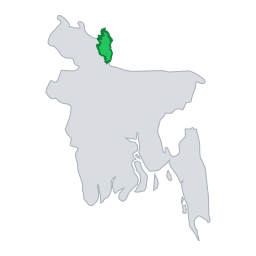 Kurigram, Rangpur, Bangladesh shown in context
{"feature_id": "16705992B97164497642406", "entity_name": "Kurigram", "entity_type": "district", "adm_level": 2, "iso_a3": "BGD", "parent_name": "Bangladesh", "parent_adm1": "Rangpur", "projection": "mercator", "projection_center": [89.627, 25.805], "detail": "fine", "context": "in_parent", "style": "filled", "palette": "green", "viewbox_px": 256, "rotation_deg": 0, "n_neighbors": 0, "source": "geoboundaries", "source_scale": "gbopen_adm2", "svg_char_len": 8372}
<svg xmlns="http://www.w3.org/2000/svg" viewBox="0 0 256 256"><path d="M82.5,190.7L82.4,183.7L77.8,169.9L78.0,168.4L77.1,161.8L75.9,158.1L75.3,154.1L78.1,148.5L77.0,147.5L70.8,145.8L70.1,144.3L71.4,138.8L67.0,133.5L65.2,129.5L69.9,116.7L71.2,107.8L70.8,106.1L67.9,104.1L62.8,103.3L59.1,101.6L57.0,99.1L55.2,98.0L53.0,98.8L50.2,97.8L47.8,95.3L45.8,92.2L46.6,88.9L50.3,81.0L51.7,80.7L55.0,82.3L56.2,82.3L58.3,79.1L61.3,70.2L71.6,71.0L74.1,70.7L76.7,70.0L78.1,68.8L78.9,67.4L78.7,66.2L75.5,64.5L74.2,63.2L73.4,59.6L72.4,58.3L66.2,58.1L62.9,56.4L61.1,55.0L57.9,50.1L54.0,46.4L50.2,45.6L48.8,44.4L48.0,42.5L48.5,39.8L50.4,34.6L60.7,23.4L61.0,22.2L60.6,20.7L57.5,18.9L57.3,18.0L58.2,15.7L59.9,15.4L63.5,17.5L67.1,21.0L69.3,24.1L69.3,26.5L72.2,27.0L74.5,28.1L77.0,27.7L78.5,28.3L79.6,28.1L80.0,26.7L77.9,23.2L78.9,21.7L81.3,21.8L83.0,23.1L84.3,25.8L84.5,30.1L87.3,33.9L91.0,36.6L93.8,37.9L97.3,38.7L100.3,37.9L101.7,35.2L101.1,32.8L101.5,30.7L102.7,29.5L104.6,29.6L106.0,31.3L110.0,40.4L109.2,44.5L110.1,55.5L109.1,62.8L109.7,65.6L110.4,66.1L116.5,67.4L125.2,70.3L132.0,71.4L162.4,70.6L169.1,72.0L189.4,70.9L195.0,73.2L201.0,77.0L204.4,79.8L205.0,81.4L204.6,82.8L203.5,83.5L201.4,83.6L196.6,81.7L195.8,82.3L195.7,86.6L191.8,97.5L191.3,100.9L189.9,102.2L185.9,102.9L183.3,109.2L182.2,110.0L179.5,108.6L177.9,108.8L175.8,109.4L173.8,110.8L172.4,112.6L170.8,113.3L165.1,113.2L164.0,116.1L160.3,119.9L157.7,130.0L157.9,133.1L161.0,141.2L163.2,151.7L164.1,152.7L165.1,152.8L165.2,148.0L166.2,147.4L167.5,147.9L170.2,154.4L171.7,156.0L174.1,156.5L176.8,155.5L178.8,153.6L179.6,151.6L178.9,144.6L180.2,141.7L184.8,137.4L185.4,136.1L185.1,129.1L186.9,128.8L189.2,129.4L192.2,127.7L193.1,127.7L194.3,129.5L196.4,129.1L199.6,143.1L199.8,153.0L200.5,158.4L201.7,159.7L205.2,167.9L208.4,196.6L208.8,214.8L210.2,220.9L209.0,222.3L207.9,222.6L206.9,220.4L199.4,215.8L197.6,216.3L195.1,219.0L194.1,221.4L194.5,224.9L195.3,228.3L197.1,230.3L197.2,232.5L199.2,240.6L198.6,240.6L194.6,233.2L189.6,226.0L188.0,212.9L187.9,206.4L184.6,198.8L181.4,185.5L182.8,180.8L180.4,182.9L176.7,174.9L170.9,167.0L169.2,163.5L169.1,160.2L166.6,163.6L163.2,166.0L159.7,169.5L157.4,170.6L150.0,171.3L145.8,166.5L139.7,154.7L138.9,152.0L139.7,145.1L138.3,138.5L137.9,132.7L136.8,133.3L136.3,134.8L136.6,137.3L136.1,139.3L125.9,138.0L130.3,141.5L135.0,142.3L137.4,145.4L137.5,150.5L132.9,153.6L133.3,156.2L136.0,159.4L132.8,160.3L131.9,162.4L131.8,165.3L134.1,169.8L133.7,171.6L137.6,177.5L138.3,180.4L137.3,184.4L129.0,192.4L126.6,198.2L124.5,200.8L122.0,201.3L118.9,198.6L118.8,195.8L119.5,193.6L123.8,188.3L121.4,189.0L114.7,193.4L113.4,189.8L112.5,186.5L112.5,182.4L115.8,176.3L112.1,179.4L111.1,183.2L111.5,187.6L111.1,190.8L109.6,194.9L107.6,197.4L104.5,199.0L103.1,201.4L100.9,203.2L100.2,194.9L97.9,183.7L97.4,186.1L98.6,193.1L98.5,197.6L96.8,201.2L93.3,205.0L90.6,205.6L89.0,205.0L84.0,199.2L83.6,193.7L82.5,190.7ZM144.1,190.9L137.8,192.2L134.7,191.8L140.6,181.7L140.4,177.2L139.5,173.5L136.5,170.5L136.3,168.4L135.0,165.5L134.3,162.1L137.6,161.0L140.3,162.9L141.3,166.8L142.6,169.7L147.3,175.6L147.2,179.3L145.9,188.1L144.1,190.9ZM157.4,187.6L153.6,190.3L154.8,174.3L157.6,180.2L158.3,183.4L157.4,187.6ZM171.8,179.6L170.2,180.7L168.6,179.7L166.7,176.0L167.6,171.2L168.2,170.5L170.6,175.4L171.8,179.6ZM185.8,213.2L183.7,213.4L182.6,212.2L183.1,210.7L182.6,205.5L185.3,205.0L186.3,209.3L185.8,213.2ZM183.5,198.8L181.9,203.9L181.2,201.6L182.3,197.1L183.5,198.8ZM139.2,157.1L139.8,158.8L136.4,156.7L135.4,155.1L137.0,154.3L139.2,157.1Z" fill="#d9dde1" stroke="#a8b0b8" stroke-width="1"/><path d="M107.1,62.9L107.4,62.7L108.1,62.6L108.5,62.3L108.6,61.3L108.5,61.2L108.6,61.3L108.4,61.2L108.2,61.2L108.3,60.9L108.2,60.8L108.0,60.7L108.7,60.7L109.2,61.1L110.1,61.2L110.3,60.3L110.9,59.3L111.0,59.2L110.9,58.9L110.9,58.2L111.1,58.0L111.1,57.7L111.3,57.2L111.0,56.4L111.5,56.1L111.6,55.4L111.8,55.1L111.9,54.7L111.8,54.4L112.1,53.6L112.1,52.9L111.7,51.5L111.4,51.3L111.3,50.8L110.8,50.2L111.0,49.7L110.4,49.4L110.2,48.8L110.2,48.3L110.7,47.6L110.1,45.6L109.8,45.5L110.2,44.7L110.4,44.4L110.5,43.6L110.3,43.2L110.9,42.5L110.9,42.4L111.4,41.8L112.0,41.1L112.3,40.3L111.9,40.2L110.7,40.5L110.6,40.4L110.1,40.3L110.1,40.0L110.3,39.9L110.9,40.1L110.8,39.9L110.7,39.5L110.5,39.4L110.8,39.2L111.3,39.3L111.7,39.1L111.7,38.8L111.0,38.5L110.9,38.1L110.5,37.6L110.3,37.7L110.3,38.0L110.5,38.8L109.9,38.6L109.7,38.2L109.8,38.3L109.9,38.2L109.9,37.9L110.0,37.7L109.7,37.3L109.9,37.1L109.5,36.4L109.4,36.3L109.3,36.8L108.8,37.4L108.7,37.2L109.0,37.2L109.2,36.5L109.0,36.4L108.8,36.7L108.7,36.7L108.8,36.5L108.5,36.5L108.3,36.7L108.2,36.6L108.4,36.3L108.8,36.2L108.6,36.1L108.7,35.8L109.1,35.7L109.0,35.2L108.8,35.1L109.0,34.6L108.8,34.5L108.7,34.8L108.7,34.3L108.5,34.2L108.6,33.9L108.4,33.8L108.1,33.9L107.9,33.7L107.6,33.8L107.6,33.6L107.9,33.1L108.0,32.9L107.9,32.6L107.5,32.5L107.5,32.3L107.3,31.8L107.0,31.8L106.3,31.9L106.3,31.5L106.2,31.5L106.1,31.4L106.0,31.9L105.7,32.1L105.5,31.8L104.7,31.5L105.5,31.3L105.7,31.2L105.3,31.0L104.9,30.2L104.7,29.9L104.8,29.7L105.1,29.9L105.3,29.7L105.1,29.8L104.9,29.6L104.9,29.2L105.1,29.3L105.0,29.2L104.9,28.6L104.6,29.0L104.6,29.4L104.0,29.4L103.3,28.9L103.2,29.3L103.3,29.4L103.2,29.7L103.4,29.7L103.5,30.2L103.8,30.5L103.7,30.6L103.3,30.5L103.3,30.3L103.1,30.3L103.1,30.5L103.0,30.8L103.4,31.0L103.5,30.9L103.8,31.0L104.0,30.9L104.1,31.1L104.0,31.3L103.8,31.3L103.8,31.6L103.4,31.5L103.4,31.3L103.2,31.3L103.4,31.1L103.2,30.9L103.0,31.1L102.9,31.3L102.8,31.2L102.5,31.1L102.4,30.9L102.3,31.1L102.6,31.1L102.4,31.2L102.4,31.4L102.8,31.4L102.4,31.7L102.3,31.8L102.5,31.8L102.4,32.0L102.3,31.8L102.2,31.9L102.0,31.7L101.7,31.8L102.0,32.0L101.9,32.5L102.1,33.1L102.3,33.1L102.1,33.2L102.2,33.4L102.3,33.4L102.5,33.0L102.8,33.3L103.0,33.0L103.1,33.4L102.6,33.9L102.2,33.9L102.2,33.7L102.1,33.8L101.9,33.8L102.1,33.8L102.1,34.0L101.8,34.0L102.3,34.6L102.4,34.3L102.7,34.3L102.5,34.0L102.8,34.1L102.9,33.8L103.1,33.8L103.3,34.1L103.2,34.2L103.2,34.4L103.5,34.5L103.3,34.9L103.8,35.5L103.2,35.6L102.7,36.0L102.6,35.8L102.7,35.7L102.4,35.7L102.2,35.6L102.5,36.0L102.0,36.3L101.8,36.3L102.0,36.6L101.9,36.7L101.6,36.6L101.5,36.9L101.5,37.0L101.3,37.0L101.4,37.6L101.3,37.8L101.6,38.3L101.5,38.5L101.6,38.8L101.5,39.0L101.5,38.9L101.2,39.0L101.2,38.8L101.2,39.0L101.3,39.3L100.9,39.4L100.9,38.9L100.7,39.2L100.5,39.3L100.5,39.5L99.9,39.3L99.8,39.1L100.0,38.8L99.7,38.5L99.8,38.3L100.2,38.2L99.9,37.9L99.7,37.9L99.9,37.9L99.8,38.0L99.5,37.9L99.3,37.9L99.2,37.7L98.8,38.0L98.2,37.9L97.8,38.2L97.8,38.5L97.6,38.6L97.5,38.9L97.8,39.6L98.1,39.6L98.5,39.3L98.4,39.4L98.6,39.5L98.4,39.9L98.9,40.3L98.8,40.7L99.1,41.0L99.1,41.4L99.5,41.5L99.7,42.1L100.1,42.2L100.1,42.5L101.0,42.6L101.0,42.8L100.4,43.0L100.4,43.5L99.7,43.3L99.7,43.7L99.7,44.4L99.8,44.5L99.8,45.1L99.5,45.5L99.3,45.5L99.2,45.2L99.1,45.4L99.2,45.5L99.2,45.8L98.8,45.7L98.7,45.8L98.4,45.6L98.2,45.7L98.4,45.5L98.1,45.5L98.1,45.4L97.9,44.9L97.8,44.6L97.4,45.0L97.3,44.9L97.0,44.9L96.8,45.1L96.8,45.3L96.9,45.2L97.2,45.1L97.3,45.3L97.5,45.6L97.3,45.4L97.3,45.6L97.2,45.5L97.1,46.1L97.0,46.7L97.4,46.8L97.8,47.5L97.8,47.9L98.0,47.8L98.0,48.0L98.3,47.9L98.5,48.2L98.4,48.8L97.9,48.9L98.2,49.5L98.8,49.3L99.0,49.7L99.0,50.3L99.2,50.6L99.0,51.6L99.1,52.2L99.4,51.9L99.6,52.0L99.6,51.8L99.8,52.0L99.8,52.3L100.0,52.4L100.2,52.8L100.1,53.4L100.2,53.6L99.9,53.9L99.7,53.9L99.8,54.3L100.3,54.5L100.9,54.6L101.6,55.7L101.9,55.6L102.2,55.2L102.6,55.2L103.3,55.5L103.7,56.0L104.5,56.5L105.3,56.4L105.5,56.6L105.4,56.7L105.3,56.9L105.0,57.0L105.0,57.4L105.5,57.8L105.6,58.0L105.4,58.2L104.8,58.2L104.5,58.3L104.6,58.5L105.1,58.9L105.0,59.2L105.5,59.2L105.9,59.2L105.6,60.4L105.1,61.3L105.3,61.4L105.6,61.1L105.7,61.8L105.4,61.9L105.6,62.2L105.8,62.1L107.0,61.9L107.0,62.3L107.3,62.3L107.1,62.9ZM102.2,30.5L101.7,30.6L101.6,30.9L101.8,30.8L101.6,31.1L102.1,31.1L102.3,31.1L102.0,30.9L102.3,30.8L102.2,30.5ZM100.8,35.7L100.5,35.5L100.3,35.6L100.3,35.8L100.6,36.1L101.0,36.0L101.1,35.6L100.8,35.7ZM98.6,35.3L98.4,35.4L98.6,35.8L99.0,35.7L98.6,35.3ZM99.1,37.0L98.9,37.1L99.0,37.5L99.3,37.1L99.1,37.0ZM102.8,35.4L102.7,34.9L102.5,35.2L102.5,35.4L102.8,35.4ZM102.8,30.1L102.5,30.3L102.6,30.6L102.4,30.5L102.7,30.7L102.7,30.4L102.8,30.1ZM102.0,30.4L101.8,30.0L101.7,30.3L102.0,30.4ZM105.7,31.1L105.7,30.9L105.7,31.1ZM102.6,30.0L102.4,30.0L102.7,30.1L102.6,30.0ZM101.5,30.8L101.6,30.7L101.5,30.8Z" fill="#22c55e" stroke="#15803d" stroke-width="1.5"/></svg>